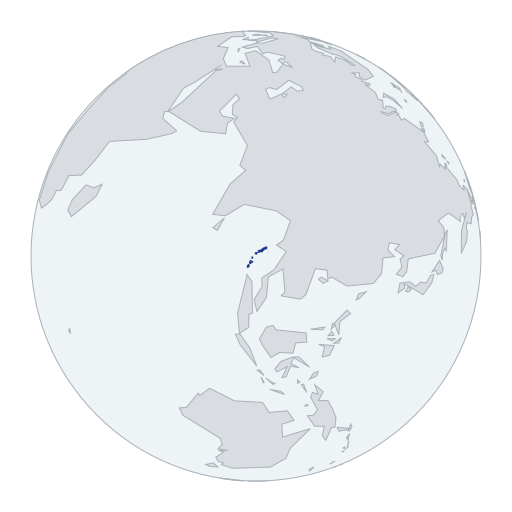 globe centered on Andaman and Nicobar, rotated 51°
{"feature_id": "IND-2474", "entity_name": "Andaman and Nicobar", "entity_type": "Union Territory", "adm_level": 1, "iso_a3": "IND", "parent_name": "India", "parent_adm1": "", "projection": "orthographic", "projection_center": [93.022, 10.213], "detail": "fine", "context": "on_globe", "style": "filled", "palette": "blue", "viewbox_px": 512, "rotation_deg": 51, "n_neighbors": 0, "source": "natural_earth", "source_scale": "10m", "svg_char_len": 11985}
<svg xmlns="http://www.w3.org/2000/svg" viewBox="0 0 512 512"><g transform="rotate(51 256 256)"><circle cx="256" cy="256" r="225" fill="#eef3f6" stroke="#a8b0b8"/><path d="M471.9,320.3L472.2,319.4L472.0,319.8L471.9,320.3ZM380.3,68.1L384.2,70.8L377.4,66.2L380.3,68.1ZM367.4,60.2L369.1,61.2L365.1,59.0L364.6,59.1L359.5,56.5L351.6,52.2L348.1,50.7L351.0,52.4L347.7,51.4L344.0,49.0L337.8,47.3L323.5,41.5L320.9,40.3L336.9,45.7L352.4,52.4L367.4,60.2ZM365.5,59.5L367.5,60.7L366.4,60.3L365.5,59.5ZM357.5,56.1L355.1,55.5L356.2,55.3L357.5,56.1ZM352.8,54.6L347.2,53.8L351.1,56.0L336.8,49.8L346.3,52.2L347.0,51.5L349.4,53.1L352.8,54.6ZM329.7,46.9L327.2,46.3L328.3,46.2L329.7,46.9ZM269.3,31.1L269.2,31.1L269.3,31.1ZM261.7,30.8L262.5,30.8L259.2,30.8L256.1,30.7L261.7,30.8ZM74.2,123.0L72.6,125.3L78.1,125.1L77.6,127.4L70.3,136.9L69.0,153.8L76.5,146.4L82.0,157.2L90.0,159.4L104.7,141.2L91.7,137.0L96.1,127.2L111.8,122.6L124.1,127.6L126.2,124.1L124.0,114.1L132.5,109.1L123.9,110.4L123.1,114.4L117.7,115.6L118.1,112.1L121.0,110.3L118.9,107.7L105.2,118.3L103.0,123.5L94.0,123.0L89.5,131.9L85.1,135.1L91.0,121.3L94.8,116.9L101.2,102.1L96.4,106.5L90.1,121.1L89.5,119.5L83.0,126.7L87.6,119.9L95.8,103.9L91.4,104.6L76.0,120.7L75.7,121.0L94.8,98.7L94.5,99.7L100.0,94.4L108.6,86.0L107.6,87.4L111.1,84.5L111.6,85.1L120.8,79.4L122.6,79.8L134.2,71.9L136.8,71.3L129.2,76.0L124.9,79.8L130.4,82.3L133.9,81.1L141.0,76.0L141.6,77.8L147.8,72.7L154.9,72.7L151.4,68.7L159.6,63.8L168.3,61.3L170.4,59.2L156.3,63.6L151.2,66.1L147.9,69.2L133.5,76.9L129.9,77.5L142.5,67.6L138.7,67.7L150.2,60.9L181.3,51.7L190.2,51.6L188.0,60.7L181.3,62.9L178.7,60.4L173.7,66.8L177.6,64.3L178.2,66.1L186.2,62.8L187.0,64.0L193.3,59.1L195.2,60.2L191.1,63.3L204.5,60.4L210.5,62.4L213.2,61.3L214.3,59.5L221.1,63.9L222.8,62.9L221.2,61.0L223.5,58.0L230.2,54.7L232.2,56.3L230.1,57.7L228.5,63.7L222.5,67.9L224.0,68.3L229.7,65.2L231.6,57.8L235.1,55.4L235.1,58.5L235.4,57.2L237.7,56.6L241.9,57.7L242.3,54.2L265.4,47.7L275.8,50.1L273.3,53.1L291.6,52.7L301.9,57.0L300.4,55.0L308.2,54.4L305.1,53.0L304.9,52.1L323.4,51.9L329.3,53.7L335.6,52.8L334.9,52.0L330.9,50.5L336.8,49.8L351.1,56.0L352.1,57.4L360.5,60.9L361.5,64.0L366.3,68.6L362.6,70.9L366.7,75.0L369.5,76.0L377.1,82.9L383.1,94.8L365.9,80.5L354.5,65.1L358.1,70.6L353.5,68.3L352.6,69.7L355.4,74.2L358.0,75.3L343.7,79.3L343.2,92.1L352.2,92.2L359.1,97.0L366.4,115.1L354.1,139.5L363.2,149.0L364.5,155.0L358.5,158.3L356.3,149.4L349.1,145.9L348.8,140.9L338.4,144.2L337.5,137.2L329.8,143.9L334.1,149.7L343.6,148.8L337.4,158.5L348.6,169.3L351.2,182.0L336.7,204.1L320.0,210.5L319.2,214.7L311.9,209.7L303.2,217.7L317.5,241.8L317.5,248.7L302.8,261.5L302.3,256.3L283.0,243.2L280.0,259.6L294.7,273.8L299.8,290.2L288.7,284.8L283.5,270.4L276.7,265.3L278.1,251.0L271.6,229.6L260.4,233.1L260.9,224.6L250.2,207.0L233.9,211.7L208.4,232.7L205.5,254.4L196.4,263.4L183.8,231.1L182.9,210.1L175.3,211.5L164.7,193.1L137.8,189.0L136.7,183.4L131.0,185.2L124.0,178.8L123.4,169.9L117.9,169.7L120.4,193.2L126.6,193.7L135.5,186.1L134.7,194.4L141.8,202.7L124.3,220.5L88.7,232.8L89.9,216.4L86.7,170.2L89.4,165.7L89.5,165.2L89.8,164.2L84.8,171.3L85.8,162.7L82.5,193.6L80.0,206.7L88.2,233.7L86.3,235.9L90.3,241.9L108.8,238.9L107.9,244.2L96.4,267.7L74.8,297.6L80.3,321.3L83.3,340.6L75.8,350.8L82.5,366.2L79.5,370.0L83.3,378.4L84.2,386.2L83.7,392.6L76.2,389.2L71.0,381.3L60.0,364.5L42.6,325.3L39.4,309.4L36.8,296.0L31.9,264.3L32.6,248.8L32.5,241.4L31.6,241.5L32.1,232.7L32.1,231.6L34.5,214.9L38.2,198.5L43.1,182.4L49.2,166.7L56.4,151.5L64.8,136.9L74.2,123.0ZM132.4,143.6L142.8,146.6L146.3,134.0L150.6,134.4L150.2,130.2L146.5,133.1L146.7,122.2L154.1,120.1L157.0,115.2L153.6,114.0L140.0,119.9L139.6,135.2L133.7,139.4L132.4,143.6ZM129.4,69.9L126.9,71.9L122.6,74.8L120.3,76.2L126.5,71.7L129.4,69.9ZM124.3,74.2L137.4,65.1L139.4,64.5L136.1,66.3L136.0,66.8L130.7,69.9L119.6,79.0L115.2,82.3L113.4,81.8L116.4,79.9L118.7,77.8L124.3,74.2ZM172.2,46.9L170.2,47.9L165.2,50.0L162.8,50.9L172.2,46.9ZM241.7,31.2L241.0,31.2L243.4,31.1L242.0,31.5L233.9,32.4L237.3,32.2L236.4,32.9L229.9,34.0L230.9,33.2L223.1,35.3L220.6,34.9L219.9,35.1L215.5,35.5L208.8,36.7L208.7,36.4L206.1,37.1L203.1,37.6L199.6,38.4L198.1,38.5L193.7,39.7L195.5,39.1L188.3,41.3L193.0,39.7L189.6,40.7L186.8,41.7L204.8,36.6L223.1,33.1L241.7,31.2ZM255.3,30.7L256.0,30.7L252.7,30.8L258.6,30.9L249.5,31.3L243.7,31.5L248.3,30.9L255.3,30.7ZM81.2,124.3L81.7,125.2L83.2,125.6L79.2,130.5L81.2,124.3ZM86.5,113.4L87.5,113.2L82.5,119.5L82.1,118.9L86.5,113.4ZM92.3,108.0L88.0,112.7L90.0,109.8L92.3,108.0ZM130.5,75.8L132.1,75.6L130.6,76.8L127.8,78.5L130.5,75.8ZM206.1,42.4L207.6,41.3L209.1,41.1L215.9,38.8L218.2,39.3L215.1,40.8L206.1,42.4ZM100.0,143.7L95.3,146.6L95.2,144.5L96.8,143.9L100.0,143.7ZM84.9,138.1L86.3,141.7L83.7,139.4L84.9,138.1ZM209.8,42.5L212.3,41.4L212.0,42.4L209.8,42.5ZM220.3,39.6L220.6,40.5L219.3,39.1L220.3,39.6ZM195.2,446.5L199.7,448.9L196.2,448.8L195.2,446.5ZM109.0,342.6L109.2,374.7L101.9,373.4L96.6,363.2L93.8,343.3L101.0,339.0L103.4,330.4L109.0,342.6ZM353.2,328.2L359.3,329.2L359.0,330.2L353.2,328.2ZM346.9,324.7L354.0,325.0L345.5,326.9L346.9,324.7ZM356.7,325.2L364.0,323.2L367.1,321.5L366.5,323.6L356.7,325.2ZM342.0,324.7L314.7,324.1L303.8,321.2L306.5,317.5L324.2,318.8L342.0,324.7ZM305.6,317.4L288.8,306.3L264.9,274.6L273.5,275.4L298.3,294.8L296.7,298.0L306.9,306.7L305.6,317.4ZM345.9,298.4L344.3,308.2L329.4,307.1L322.5,305.5L317.8,292.8L320.5,286.5L326.1,286.8L347.3,265.5L354.9,270.8L348.5,279.8L354.7,288.4L345.9,298.4ZM206.5,256.5L211.8,269.9L206.8,271.7L206.5,256.5ZM355.4,250.5L347.2,259.8L354.5,247.3L355.4,250.5ZM359.4,238.8L360.2,243.5L356.5,238.9L359.4,238.8ZM319.5,221.1L313.6,222.1L313.2,218.8L320.6,215.6L319.5,221.1ZM353.1,193.0L354.0,202.6L353.2,205.8L350.0,200.0L353.1,193.0ZM233.5,49.3L221.5,51.4L214.4,54.3L212.8,57.5L209.8,54.4L220.8,49.9L233.5,49.3ZM261.3,47.5L262.6,45.4L265.4,46.2L265.5,46.8L261.3,47.5ZM259.6,46.3L254.8,44.1L257.7,42.9L261.0,44.8L259.6,46.3ZM231.9,42.0L228.2,42.5L228.6,41.6L231.9,42.0ZM415.9,414.7L409.1,421.2L405.6,423.9L423.1,407.0L422.3,408.0L415.9,414.7ZM386.4,426.2L390.1,419.3L396.0,418.3L390.3,424.5L386.4,426.2ZM426.1,403.8L427.6,402.0L433.1,395.2L438.9,387.1L434.1,393.9L426.1,403.8ZM375.1,398.6L333.9,413.0L325.8,411.2L329.8,405.3L326.2,387.2L329.1,387.6L329.6,375.3L355.0,363.9L373.9,343.1L385.8,344.2L396.1,329.1L407.7,329.9L403.0,341.8L413.4,349.3L424.3,322.5L427.0,350.6L432.1,360.2L429.0,377.8L406.0,408.0L396.3,414.2L396.1,411.6L391.6,414.7L387.1,413.8L387.9,404.4L383.3,407.5L389.3,400.2L381.9,406.8L381.1,400.8L375.1,398.6ZM456.0,344.4L456.7,345.1L456.7,349.8L455.6,349.1L456.0,344.4ZM470.1,325.8L469.4,328.0L469.0,328.8L470.1,325.8ZM471.6,321.2L471.2,322.4L472.2,319.4L471.9,320.3L471.6,321.2ZM464.5,327.2L464.5,328.9L464.0,329.6L464.5,327.2ZM464.3,326.6L465.3,323.7L464.7,326.6L464.3,326.6ZM462.1,311.9L462.9,310.4L463.1,311.5L462.1,311.9ZM368.3,329.3L377.1,321.7L381.6,321.0L368.3,329.3ZM461.5,308.9L459.9,308.8L460.2,307.2L461.5,308.9ZM462.0,305.3L462.0,303.2L462.6,308.1L462.0,305.3ZM459.1,300.8L460.9,304.4L458.8,301.3L459.1,300.8ZM457.7,301.4L456.2,299.8L456.3,299.2L457.7,301.4ZM436.9,305.3L443.1,317.7L437.4,317.6L431.3,310.0L425.3,317.5L412.5,316.6L415.8,311.9L414.3,305.0L400.3,302.4L397.5,297.9L402.7,294.8L393.1,291.3L403.7,289.2L407.7,298.5L413.6,291.1L423.2,292.8L432.1,295.7L438.7,302.5L436.9,305.3ZM403.2,309.7L405.0,309.6L403.3,312.5L403.2,309.7ZM453.2,294.8L455.4,299.3L455.1,300.4L453.9,299.8L453.2,294.8ZM440.3,300.8L447.6,292.9L449.2,293.0L444.3,301.9L440.3,300.8ZM446.1,288.0L449.2,288.9L450.7,293.2L450.0,294.4L446.1,288.0ZM381.7,301.2L381.2,303.8L378.4,301.7L381.7,301.2ZM385.4,299.6L393.8,302.4L384.6,301.8L385.4,299.6ZM358.8,290.6L361.4,296.7L369.7,292.9L363.4,298.5L368.8,308.5L366.8,312.3L361.5,301.4L359.2,312.7L355.5,312.4L353.7,302.8L357.6,291.1L361.3,286.2L376.1,284.3L358.8,290.6ZM385.5,292.2L383.2,285.0L384.8,280.3L387.3,284.1L385.5,292.2ZM376.1,268.0L369.6,259.8L364.0,262.9L374.9,251.7L379.4,261.3L376.1,268.0ZM370.0,250.1L364.9,252.9L370.0,246.4L370.0,250.1ZM363.3,250.2L362.4,244.5L366.7,245.3L363.3,250.2ZM372.8,250.4L373.2,240.9L375.7,246.5L372.8,250.4ZM359.7,232.0L369.4,241.3L357.4,237.3L355.3,219.2L360.3,218.8L359.7,232.0ZM377.8,162.0L375.7,157.2L379.8,156.3L380.1,159.8L377.8,162.0ZM391.2,150.6L380.2,154.5L371.0,158.5L374.6,160.8L374.0,168.8L367.7,161.2L373.0,152.5L380.2,151.1L379.8,144.6L384.2,140.5L380.9,132.6L382.3,129.4L387.5,136.3L391.2,150.6ZM379.1,129.3L375.0,116.1L383.4,118.4L386.2,121.8L384.6,126.7L380.2,125.1L379.1,129.3ZM376.4,113.8L372.2,112.3L357.1,94.0L356.0,90.9L371.9,105.0L368.8,104.6L371.0,109.0L376.4,113.8ZM328.8,47.2L327.3,46.4L329.9,47.3L328.8,47.2ZM303.0,51.4L303.3,50.3L306.3,51.1L303.0,51.4ZM305.6,48.0L302.1,47.8L305.0,47.3L305.6,48.0ZM294.3,47.8L300.3,47.4L295.8,48.9L294.3,47.8Z" fill="#d9dde1" stroke="#a8b0b8" stroke-width="1"/><path d="M256.1,243.9L256.2,244.0L256.1,244.3L256.1,244.5L256.1,244.8L255.9,244.9L255.8,244.7L255.7,244.7L255.7,244.8L255.7,245.0L255.4,245.4L255.5,245.4L255.7,245.5L255.8,245.6L255.8,245.8L255.7,245.9L255.9,246.0L255.8,246.5L255.9,246.9L255.7,247.1L255.8,247.1L255.7,247.3L255.6,247.2L255.5,247.3L255.3,247.3L255.4,247.5L255.5,247.5L255.5,247.8L255.5,248.0L255.4,248.2L255.4,248.3L255.3,248.5L255.2,248.6L255.1,248.8L254.9,249.0L254.9,249.5L255.0,249.2L255.1,249.3L255.1,249.5L255.0,250.1L254.8,250.2L254.7,250.3L254.7,250.5L254.8,250.5L254.8,250.3L254.9,250.2L255.0,250.3L255.0,250.5L254.9,250.6L254.9,250.8L254.8,251.0L254.8,250.9L254.7,250.9L254.6,250.6L254.5,250.4L254.4,250.1L254.2,250.1L254.2,249.8L254.2,249.7L254.1,249.4L254.2,249.2L254.3,249.2L254.4,249.4L254.4,249.5L254.5,249.2L254.5,248.8L254.5,248.4L254.7,248.1L254.8,248.2L254.8,248.3L255.0,248.3L255.1,248.2L255.0,247.9L254.9,247.7L254.8,246.6L255.0,246.4L254.9,246.3L254.9,246.0L254.9,245.8L255.0,245.7L255.2,245.4L255.2,245.2L255.3,245.0L255.2,245.0L255.2,244.9L255.3,244.6L255.3,244.4L255.3,244.2L255.3,243.9L255.3,243.7L255.5,243.5L255.5,243.3L255.5,243.2L255.7,242.9L255.9,242.9L256.0,242.9L255.9,242.8L256.0,242.8L256.1,243.1L256.1,243.4L256.2,243.5L255.9,243.7L255.8,243.8L256.0,243.8L256.1,243.9ZM259.4,268.3L259.5,268.6L259.5,268.8L259.4,269.1L259.4,269.3L259.2,269.5L259.1,269.4L259.0,269.2L258.9,269.1L259.0,269.1L258.9,269.0L258.9,268.9L258.7,268.7L258.4,268.6L258.4,268.2L258.6,267.9L258.8,267.8L259.0,267.7L259.3,267.8L259.3,268.1L259.4,268.3ZM254.3,253.7L254.3,253.9L254.4,254.0L254.1,254.4L254.1,254.5L254.3,254.6L254.2,254.7L254.1,254.8L253.9,254.8L253.8,254.7L253.7,254.7L253.6,254.8L253.5,254.7L253.7,254.4L253.5,254.2L253.5,253.8L253.6,253.7L253.9,253.4L254.1,253.3L254.2,253.5L254.3,253.7ZM257.6,264.9L257.7,265.0L257.3,265.2L257.2,265.1L257.3,265.0L257.2,265.0L257.1,264.9L257.1,264.7L257.3,264.7L257.5,264.8L257.6,264.9ZM255.2,259.9L255.3,260.0L255.1,260.3L254.9,260.3L254.8,260.2L254.8,259.9L255.0,259.8L254.9,259.7L255.0,259.7L255.2,259.9ZM258.8,267.2L258.8,267.3L258.6,267.5L258.4,267.6L258.2,267.4L258.3,267.3L258.3,267.2L258.5,267.1L258.6,266.9L258.6,267.1L258.8,267.2ZM258.0,264.6L257.9,264.6L257.9,264.4L257.7,264.4L257.7,264.1L257.8,263.8L258.0,263.8L257.9,264.0L258.0,264.5L258.0,264.6ZM254.7,251.3L254.8,251.4L254.7,251.5L254.4,251.5L254.3,251.4L254.5,251.3L254.5,251.2L254.5,250.9L254.7,251.0L254.7,251.3ZM254.9,245.1L254.9,245.3L254.9,245.5L254.7,245.8L254.7,245.6L254.7,245.3L254.7,245.2L254.8,245.1L254.9,245.1ZM256.0,248.9L256.2,249.4L256.0,249.2L255.9,249.2L255.7,249.0L255.8,248.9L256.0,248.8L256.0,248.9ZM256.4,263.8L256.6,263.8L256.3,263.8L256.2,263.7L256.2,263.4L256.3,263.3L256.3,263.6L256.4,263.8ZM256.3,248.2L256.3,248.4L256.3,248.6L256.2,248.6L256.1,248.4L256.2,248.2L256.3,248.2L256.3,248.2ZM258.1,264.6L258.2,264.8L258.1,265.0L257.9,264.8L257.9,264.7L258.0,264.7L258.1,264.6ZM253.1,250.6L253.2,250.8L253.0,250.6L252.9,250.6L253.1,250.6ZM258.3,262.5L258.4,262.8L258.3,263.0L258.3,262.7L258.2,262.6L258.3,262.5L258.3,262.5ZM256.0,242.4L256.1,242.5L255.9,242.5L255.9,242.4L256.0,242.4L256.0,242.4ZM260.8,243.3L260.7,243.4L260.8,243.3Z" fill="#3b82f6" stroke="#1e3a8a" stroke-width="1.5"/></g></svg>